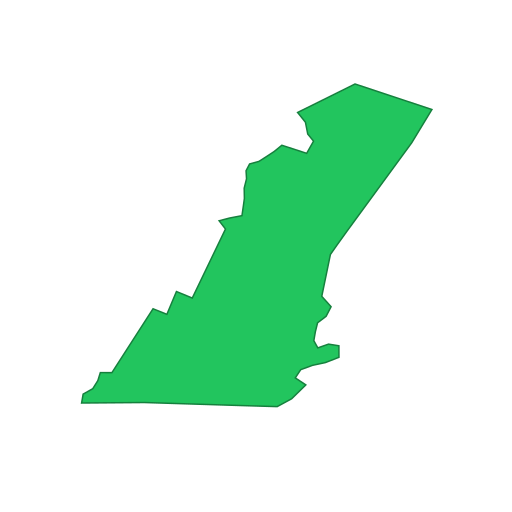 Pinheiro Preto, Santa Catarina, Brazil (Equal Earth projection), rotated 110°
{"feature_id": "56859067B21273209353903", "entity_name": "Pinheiro Preto", "entity_type": "district", "adm_level": 2, "iso_a3": "BRA", "parent_name": "Brazil", "parent_adm1": "Santa Catarina", "projection": "equal_earth", "projection_center": [-51.235, -27.055], "detail": "fine", "context": "isolated", "style": "filled", "palette": "green", "viewbox_px": 512, "rotation_deg": 110, "n_neighbors": 0, "source": "geoboundaries", "source_scale": "gbopen_adm2", "svg_char_len": 828}
<svg xmlns="http://www.w3.org/2000/svg" viewBox="0 0 512 512"><g transform="rotate(110 256 256)"><path d="M106.9,266.0L113.4,255.3L123.7,249.1L128.4,241.2L142.2,243.5L143.1,269.6L151.8,274.8L159.3,280.4L166.1,285.6L171.7,293.5L179.3,294.5L186.7,291.3L196.3,290.3L205.9,286.6L213.3,285.0L222.9,283.0L229.4,293.9L235.5,302.7L241.1,293.9L317.3,301.5L316.6,318.6L341.3,319.8L340.8,334.7L414.9,351.5L418.8,362.4L427.2,362.0L436.5,364.0L444.9,371.2L453.8,369.6L431.9,310.9L401.7,219.1L390.3,184.6L378.0,173.7L360.1,165.1L357.1,177.4L347.5,175.1L339.4,165.5L332.4,154.3L322.8,143.4L312.0,147.4L314.0,157.7L321.2,166.5L315.8,172.7L306.9,174.3L297.7,175.3L288.7,169.5L278.0,168.1L271.4,180.4L229.1,186.6L217.9,183.6L201.6,179.0L96.4,148.4L58.2,140.8L60.5,221.8L106.9,266.0Z" fill="#22c55e" stroke="#15803d" stroke-width="1.5"/></g></svg>